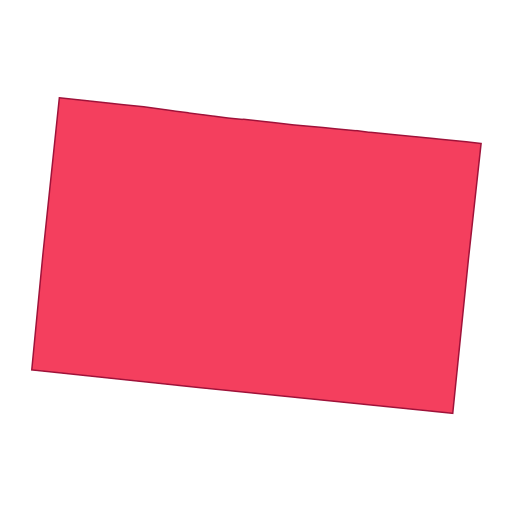 Lafayette, Wisconsin, United States of America, rotated 186°
{"feature_id": "52423323B65148542949332", "entity_name": "Lafayette", "entity_type": "district", "adm_level": 2, "iso_a3": "USA", "parent_name": "United States of America", "parent_adm1": "Wisconsin", "projection": "robinson", "projection_center": [-90.154, 42.66], "detail": "fine", "context": "isolated", "style": "filled", "palette": "rose", "viewbox_px": 512, "rotation_deg": 186, "n_neighbors": 0, "source": "geoboundaries", "source_scale": "gbopen_adm2", "svg_char_len": 583}
<svg xmlns="http://www.w3.org/2000/svg" viewBox="0 0 512 512"><g transform="rotate(186 256 256)"><path d="M43.9,120.1L44.4,275.0L43.9,391.4L58.6,391.6L84.0,391.4L86.0,391.4L89.8,391.4L132.2,391.1L154.5,391.0L157.0,390.8L158.6,390.9L168.7,391.2L170.5,391.0L190.3,390.8L202.6,390.8L220.3,390.5L232.7,390.3L248.1,390.5L282.6,390.7L284.1,390.4L298.0,390.3L337.6,391.2L338.8,391.4L351.6,391.6L353.1,391.7L361.4,392.0L361.9,392.0L383.3,392.7L403.7,392.6L404.1,392.6L468.1,392.8L468.1,235.2L467.1,119.3L298.3,119.2L43.9,120.1Z" fill="#f43f5e" stroke="#9f1239" stroke-width="1.5"/></g></svg>